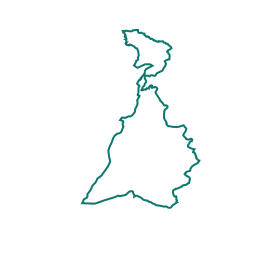 outline of Lampung Barat, Lampung, Indonesia, rotated 65°
{"feature_id": "22746128B74428971192525", "entity_name": "Lampung Barat", "entity_type": "district", "adm_level": 2, "iso_a3": "IDN", "parent_name": "Indonesia", "parent_adm1": "Lampung", "projection": "equal_earth", "projection_center": [104.16, -5.077], "detail": "fine", "context": "isolated", "style": "outline", "palette": "teal", "viewbox_px": 256, "rotation_deg": 65, "n_neighbors": 0, "source": "geoboundaries", "source_scale": "gbopen_adm2", "svg_char_len": 5591}
<svg xmlns="http://www.w3.org/2000/svg" viewBox="0 0 256 256"><g transform="rotate(65 128 128)"><path d="M92.1,81.6L91.6,80.1L91.0,79.5L90.5,78.3L90.6,72.9L90.1,72.0L88.4,69.8L87.4,67.9L86.9,67.6L86.5,66.9L85.9,66.5L84.2,66.4L83.3,66.6L83.0,66.3L82.7,65.0L82.8,62.9L83.3,61.6L80.4,59.8L79.6,59.6L79.0,59.5L77.2,59.9L76.8,59.9L76.4,59.6L76.1,59.7L75.6,60.3L75.2,60.3L75.0,60.1L74.6,58.8L74.5,57.8L74.6,56.9L74.3,56.2L74.1,54.9L72.9,54.7L71.8,55.4L71.1,55.5L69.9,56.4L68.4,56.4L67.7,57.9L66.5,58.1L65.9,59.4L64.1,59.8L63.0,62.7L62.4,63.2L62.7,63.6L62.3,64.0L62.5,64.5L62.3,64.8L61.4,65.9L60.8,66.0L60.2,66.9L59.3,67.3L59.2,67.7L58.9,67.7L58.1,68.0L58.1,68.4L57.1,68.8L57.0,69.3L56.8,69.9L56.2,70.0L55.7,70.5L55.4,70.5L55.1,70.7L54.5,70.8L54.3,70.6L53.8,70.9L53.8,71.5L53.2,71.7L53.0,72.8L52.6,73.1L51.9,73.0L50.8,73.8L49.5,73.2L49.1,74.1L47.2,75.7L47.0,76.3L47.1,76.9L46.6,77.6L45.8,78.2L44.5,78.2L44.0,77.8L43.4,77.6L42.4,79.7L42.2,81.1L41.6,81.8L41.5,82.3L41.9,83.3L41.8,84.1L41.2,85.4L39.4,88.0L37.9,91.7L39.1,91.6L39.4,91.2L39.6,91.6L39.7,91.4L40.2,91.1L40.8,91.1L42.1,91.4L42.3,91.2L42.6,91.4L42.9,91.3L43.1,91.5L43.3,91.3L43.6,91.4L43.8,91.8L44.0,91.5L44.4,91.9L44.5,91.7L44.9,91.5L45.1,91.7L45.8,91.8L46.0,92.1L46.3,92.0L46.4,92.4L46.6,92.0L47.4,92.1L47.7,92.5L48.1,92.7L48.7,92.8L48.8,92.9L49.3,93.1L49.6,93.7L50.0,93.7L50.1,93.4L50.5,94.4L51.0,94.0L51.9,94.3L52.9,93.0L53.0,92.5L53.5,92.4L53.7,92.0L53.6,91.3L53.2,90.8L53.5,90.4L56.6,88.1L58.4,87.5L59.4,86.8L59.7,86.1L62.9,86.4L66.6,87.5L68.4,89.3L70.1,89.8L70.5,90.5L70.6,91.0L70.4,92.0L71.2,92.5L72.1,93.6L72.9,94.7L73.8,96.1L74.4,95.6L75.7,95.1L77.5,93.9L77.5,88.0L77.4,86.1L77.5,85.6L78.9,82.5L79.9,80.8L81.9,79.5L82.3,86.9L83.6,88.7L85.3,89.7L85.6,89.7L85.9,90.7L86.4,91.4L87.1,93.1L87.8,94.3L88.1,95.3L88.6,95.0L89.1,95.5L89.5,96.6L89.5,96.9L89.2,97.4L89.6,98.2L90.2,99.2L91.7,101.0L92.9,100.7L93.5,100.2L94.8,99.9L95.1,100.1L95.5,101.0L95.9,101.5L100.4,103.6L102.2,105.3L102.6,105.2L103.0,104.8L103.5,103.9L103.9,104.0L106.7,107.9L109.8,108.9L110.3,109.4L111.2,109.9L113.7,113.3L116.2,114.9L116.6,115.4L117.7,117.5L118.3,119.0L118.5,120.0L118.4,121.4L117.8,122.2L117.6,123.5L117.7,124.3L117.6,126.3L117.4,126.8L116.7,127.5L116.6,128.3L116.0,129.2L117.5,131.8L118.9,130.2L119.7,129.6L120.0,129.8L120.6,129.7L121.5,130.5L121.6,130.9L122.2,131.3L123.4,131.4L124.6,131.8L124.9,131.6L128.6,135.7L129.3,137.3L129.9,137.3L129.4,137.4L129.2,137.7L129.0,138.4L129.0,139.1L128.6,140.4L128.7,141.2L129.1,141.9L129.1,142.3L129.4,143.4L130.2,144.7L131.9,146.7L133.9,148.5L136.1,151.3L137.7,153.1L140.3,155.4L145.6,157.2L150.3,158.1L151.0,158.4L154.2,162.2L158.0,168.7L158.7,170.4L159.4,171.1L159.8,171.7L160.4,174.3L160.6,175.9L161.2,177.5L163.5,180.1L163.8,180.7L164.4,182.4L165.6,185.1L167.1,186.6L168.3,188.1L169.7,190.5L170.7,192.6L171.1,193.0L172.7,193.5L173.0,193.7L173.8,194.8L173.9,195.5L173.9,197.4L174.1,198.4L175.6,199.7L176.8,201.3L182.3,190.6L182.7,188.8L183.6,179.7L185.0,169.9L185.2,165.3L185.8,164.7L186.2,164.6L187.7,158.4L186.2,153.8L186.7,151.4L187.2,150.6L187.0,150.1L187.3,150.5L188.0,150.4L188.6,150.8L189.9,150.9L190.9,150.6L191.8,150.7L192.9,151.4L192.7,149.6L192.9,149.1L193.2,148.6L195.4,146.6L196.8,145.6L199.6,144.3L201.3,142.3L202.1,140.9L203.6,140.4L204.1,139.4L205.3,138.3L206.8,137.6L208.2,136.0L209.1,135.7L209.5,135.4L210.5,134.2L212.0,131.7L214.3,128.9L215.4,126.3L215.7,126.0L216.7,125.5L217.4,125.0L218.1,123.6L218.0,122.4L216.8,119.9L216.8,118.9L216.4,117.2L216.2,115.2L215.9,115.5L215.4,115.4L214.3,114.2L213.2,114.4L212.3,113.8L211.2,113.6L210.5,113.2L210.2,113.3L209.9,114.5L209.4,114.8L208.7,115.0L206.1,114.7L204.6,114.1L203.6,113.3L203.5,112.6L203.6,111.4L203.2,110.5L203.8,109.0L203.8,107.3L203.7,106.1L204.0,104.5L203.4,103.7L203.2,102.8L203.5,101.2L204.1,99.4L203.7,98.0L203.8,97.3L203.4,96.8L203.6,95.9L202.6,95.1L201.5,94.4L200.6,93.4L199.5,93.2L197.9,93.6L196.5,95.0L194.0,96.1L193.7,96.2L193.4,96.0L193.3,95.9L193.3,94.8L192.7,94.4L192.5,93.5L192.6,92.1L193.1,90.3L192.7,89.5L191.6,88.8L191.1,88.3L190.5,87.1L189.9,86.3L189.4,83.5L189.3,81.5L189.4,81.1L189.2,80.0L189.0,79.3L188.4,78.4L188.2,77.6L187.7,77.1L187.1,77.9L184.8,78.7L184.3,78.6L183.5,78.9L182.7,78.1L180.2,78.3L179.6,77.9L178.5,78.3L177.5,79.3L177.1,79.1L176.6,78.1L175.8,77.9L175.3,76.9L174.9,77.6L174.1,78.5L173.8,78.7L172.3,80.1L170.4,81.5L169.7,81.4L168.6,80.5L167.9,78.9L167.1,78.4L166.9,77.9L166.6,76.5L166.9,75.8L166.5,75.5L166.2,75.1L165.7,74.7L165.1,75.1L164.8,75.0L164.6,75.1L164.2,76.5L164.2,78.0L163.0,79.5L162.3,80.0L161.6,79.8L160.0,80.6L158.1,81.0L157.7,80.9L157.3,80.5L155.5,77.5L153.8,75.8L153.3,75.5L152.9,75.4L150.7,76.3L149.2,76.3L149.0,76.7L148.4,81.0L147.8,83.4L145.6,87.4L143.9,89.5L143.5,90.7L141.6,91.5L140.6,91.2L140.2,91.5L139.9,91.4L139.6,90.9L138.6,90.7L136.3,91.2L133.7,91.0L131.9,90.0L130.3,89.4L128.9,88.2L128.5,88.3L127.8,87.6L127.1,87.1L126.8,86.1L126.8,85.5L126.1,83.7L125.6,83.2L124.8,83.0L124.2,83.3L123.6,83.9L122.9,85.6L120.5,86.0L117.8,86.7L117.5,87.1L116.9,87.3L116.4,87.0L108.4,88.1L107.3,88.0L105.0,84.9L104.3,84.7L102.6,85.6L102.3,86.0L102.3,86.3L102.1,87.7L101.8,88.5L101.7,89.4L101.1,89.6L100.6,88.4L99.8,88.2L99.2,88.8L99.1,90.3L100.0,92.1L101.1,92.4L100.9,92.8L99.9,94.4L100.1,95.0L100.6,95.3L100.7,95.7L100.5,96.2L100.1,96.8L100.0,97.4L99.8,97.8L100.0,98.3L99.9,98.8L99.7,99.6L99.4,99.8L99.3,99.4L98.9,99.1L98.8,98.9L98.2,98.1L97.6,97.9L97.1,97.4L96.8,96.9L96.6,95.4L96.1,94.8L94.9,94.1L94.4,92.7L94.0,92.1L93.2,91.7L89.7,91.8L88.1,91.0L87.9,90.0L89.0,87.8L90.0,87.1L90.3,86.5L90.2,85.9L89.8,85.5L90.3,84.1L92.1,81.6Z" fill="none" stroke="#0f766e" stroke-width="2"/></g></svg>